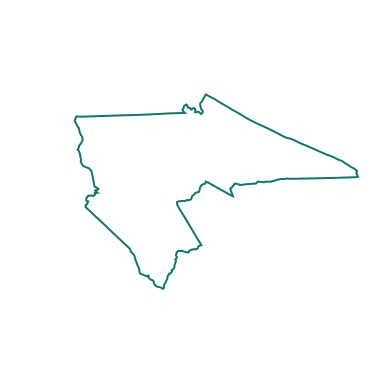 São Mateus, Espírito Santo, Brazil, rotated 299°
{"feature_id": "56859067B41614264111090", "entity_name": "São Mateus", "entity_type": "district", "adm_level": 2, "iso_a3": "BRA", "parent_name": "Brazil", "parent_adm1": "Espírito Santo", "projection": "equal_earth", "projection_center": [-40.024, -18.796], "detail": "fine", "context": "isolated", "style": "outline", "palette": "teal", "viewbox_px": 384, "rotation_deg": 299, "n_neighbors": 0, "source": "geoboundaries", "source_scale": "gbopen_adm2", "svg_char_len": 5485}
<svg xmlns="http://www.w3.org/2000/svg" viewBox="0 0 384 384"><g transform="rotate(299 192 192)"><path d="M127.2,106.2L122.3,125.8L121.9,127.5L117.3,145.0L112.2,165.3L111.4,166.4L110.2,167.3L109.9,168.8L109.4,170.1L109.1,171.1L108.6,172.3L107.6,173.1L106.9,173.9L105.8,175.0L104.7,176.0L103.8,177.3L102.5,178.8L101.5,179.9L100.6,181.1L99.7,182.4L98.8,183.2L97.8,183.9L96.4,185.1L95.5,186.2L95.6,187.6L95.9,189.1L96.1,190.3L96.1,191.4L96.3,193.3L97.8,194.3L96.1,195.7L95.5,197.1L95.4,199.2L95.7,200.3L95.3,201.6L94.3,202.5L93.5,203.3L92.8,204.1L92.5,206.0L92.2,207.1L92.6,208.2L93.0,209.6L93.3,210.9L93.4,212.2L93.1,213.3L94.1,213.9L95.4,213.7L96.3,213.0L97.4,212.7L98.6,212.6L99.5,212.9L100.3,212.5L101.4,212.6L102.9,212.6L104.1,212.5L105.3,212.0L106.4,211.5L107.3,211.5L108.3,211.9L109.4,211.5L110.3,212.5L111.7,212.9L113.0,213.1L113.6,212.2L114.6,212.5L115.7,213.1L116.7,213.1L117.8,213.0L118.9,212.4L120.2,212.1L121.5,211.8L122.8,211.8L124.0,211.3L125.1,210.1L126.5,210.6L127.9,210.2L128.4,209.1L129.4,208.3L130.6,208.4L131.7,207.9L132.6,208.2L133.8,208.5L134.6,210.1L135.5,211.3L135.9,212.9L136.1,214.4L136.4,215.8L136.7,217.0L137.5,218.3L138.9,218.0L140.5,219.0L141.4,219.6L142.1,220.4L142.9,221.4L143.5,222.6L144.4,223.8L145.5,224.2L146.5,224.2L147.4,223.8L148.7,224.5L150.0,226.0L152.2,222.3L153.2,220.5L153.9,219.1L156.0,215.5L157.3,213.3L158.1,212.0L159.7,209.3L160.3,208.2L161.4,206.3L162.5,204.4L163.3,203.0L166.4,197.7L167.1,196.5L169.7,191.9L172.4,187.2L173.3,185.8L174.7,184.5L175.6,183.8L176.6,184.1L177.7,185.4L178.3,186.4L179.0,187.1L179.9,188.4L180.4,189.9L181.5,190.8L182.5,191.5L183.0,192.8L184.2,194.1L185.2,194.7L186.4,194.6L187.7,194.3L188.7,194.1L189.9,194.8L191.5,195.2L192.6,195.4L193.4,195.9L194.5,197.0L195.5,198.0L196.5,197.8L197.9,197.5L199.2,197.1L200.5,196.8L201.6,196.8L203.0,197.1L204.4,198.2L205.5,199.3L206.7,199.5L207.7,199.0L208.1,201.9L208.0,207.2L208.0,214.6L208.0,221.9L207.9,226.6L208.1,229.8L209.2,228.6L213.3,223.9L214.8,224.2L215.9,224.8L216.9,224.8L217.7,225.1L218.7,225.1L220.0,225.3L220.9,227.1L221.2,228.8L221.4,230.4L222.1,231.6L222.6,232.5L223.5,233.7L224.6,234.7L225.4,236.1L226.3,237.5L227.2,239.0L228.2,240.2L228.7,241.1L229.5,242.5L230.5,243.9L231.5,244.1L232.5,244.2L233.4,245.4L234.1,246.7L234.7,248.7L235.2,249.9L235.8,250.8L236.6,251.2L237.2,252.1L237.6,253.1L238.2,254.0L238.8,255.3L239.4,256.2L240.2,256.9L241.0,257.7L242.1,259.1L243.2,259.9L244.1,260.5L244.8,261.5L245.4,262.3L246.3,263.2L246.8,264.1L247.3,265.0L247.9,266.1L248.6,267.1L249.4,268.0L250.2,269.1L250.5,270.1L251.1,271.4L252.6,274.1L254.3,277.0L256.1,280.1L258.1,283.5L265.2,295.7L274.3,311.3L276.9,315.6L277.9,317.3L279.1,319.3L279.8,320.5L281.4,323.1L282.2,324.5L283.2,326.1L284.5,328.3L285.8,329.8L286.5,328.7L287.4,327.7L288.0,326.7L289.0,326.3L290.4,326.2L290.9,324.2L291.1,322.1L291.0,320.5L291.0,318.6L291.2,316.4L291.2,315.2L291.3,313.3L291.4,311.8L291.6,310.5L291.8,308.2L291.7,306.9L291.4,305.6L291.2,303.8L291.1,301.1L291.0,298.3L290.7,296.4L290.4,294.3L290.1,292.3L289.8,290.1L289.7,288.4L289.3,284.8L289.2,283.6L289.1,282.3L289.0,281.2L288.9,279.9L288.8,278.4L288.7,277.0L288.6,275.7L288.5,274.5L288.3,273.3L288.2,271.6L288.0,270.0L287.7,267.3L287.4,265.3L287.2,263.1L287.0,261.5L287.0,260.1L286.9,258.3L286.9,256.7L286.8,255.3L286.6,254.0L286.4,252.6L286.1,251.2L285.6,249.7L285.3,248.2L285.0,246.4L284.9,244.7L284.9,242.5L284.8,237.0L284.7,235.2L284.7,233.8L284.6,232.2L284.5,229.9L284.4,228.0L284.3,226.2L284.1,224.3L284.0,223.0L283.9,221.0L283.7,219.1L283.5,217.1L283.4,215.3L283.3,213.3L283.2,210.8L283.1,208.7L283.1,207.0L283.1,204.3L283.1,203.0L283.2,201.6L283.3,199.9L283.4,197.2L283.5,193.0L283.5,191.6L283.5,188.2L283.5,185.5L283.6,183.9L283.7,181.9L283.7,179.7L283.8,177.0L283.8,175.4L283.9,174.2L283.9,173.1L283.9,171.3L284.0,169.8L284.1,168.2L284.2,166.9L284.2,165.1L284.1,162.1L284.0,160.3L284.0,156.8L282.9,156.8L280.9,156.8L276.9,156.8L275.6,156.7L274.2,156.2L273.3,156.3L272.2,156.9L271.5,157.5L270.7,158.1L269.7,159.0L269.0,159.8L268.5,161.1L268.0,162.3L267.0,162.8L265.8,162.7L264.7,162.2L265.0,160.3L265.3,159.2L264.9,158.0L264.1,157.2L263.3,156.0L264.6,155.4L265.6,155.0L266.4,153.9L266.1,152.5L264.6,152.0L263.7,151.4L264.5,150.1L264.3,148.9L263.9,147.8L264.3,146.7L265.3,146.2L265.8,144.7L264.3,143.8L263.1,143.4L262.0,143.8L260.5,143.9L259.1,144.0L258.2,145.6L257.8,147.5L254.7,142.4L250.1,134.6L242.7,122.8L236.5,112.7L235.2,110.6L228.7,99.8L228.1,98.7L227.1,97.0L221.7,87.9L217.2,80.5L215.5,77.6L212.5,72.5L211.8,71.4L209.3,67.2L204.7,59.6L202.0,54.2L201.0,54.5L199.7,54.6L198.7,54.6L197.5,54.9L196.6,56.0L196.0,56.9L195.4,57.7L194.9,58.9L194.1,59.5L193.6,60.5L193.2,61.8L192.3,62.5L191.4,63.5L190.4,64.4L189.4,65.1L188.8,66.1L188.1,67.1L187.4,68.4L186.6,69.5L185.2,70.6L183.9,71.3L182.5,71.3L181.3,71.3L180.4,71.2L179.2,71.1L177.7,70.8L176.8,71.3L175.6,71.4L174.5,71.7L173.5,71.5L173.2,72.7L172.3,74.0L171.3,75.2L170.4,76.0L169.5,76.7L168.7,77.3L167.9,78.0L166.8,79.0L165.4,79.7L164.2,80.1L163.6,81.6L162.5,82.9L162.1,84.2L162.1,85.5L162.3,87.0L162.5,88.5L162.8,90.3L162.2,92.2L161.9,93.6L157.0,97.9L149.5,104.1L149.6,105.5L149.3,108.6L148.0,108.3L147.1,107.4L146.5,106.6L145.8,107.8L145.6,109.7L145.0,108.8L144.7,107.5L143.8,107.5L143.3,108.4L141.9,108.2L140.5,107.6L140.4,105.9L139.2,104.5L138.6,103.1L137.4,103.0L136.3,102.5L135.5,102.7L134.6,103.1L133.7,103.4L132.9,104.4L133.4,105.8L132.2,105.7L131.0,106.3L130.1,106.1L129.1,105.3L128.1,106.1L127.2,106.2Z" fill="none" stroke="#0f766e" stroke-width="2"/></g></svg>